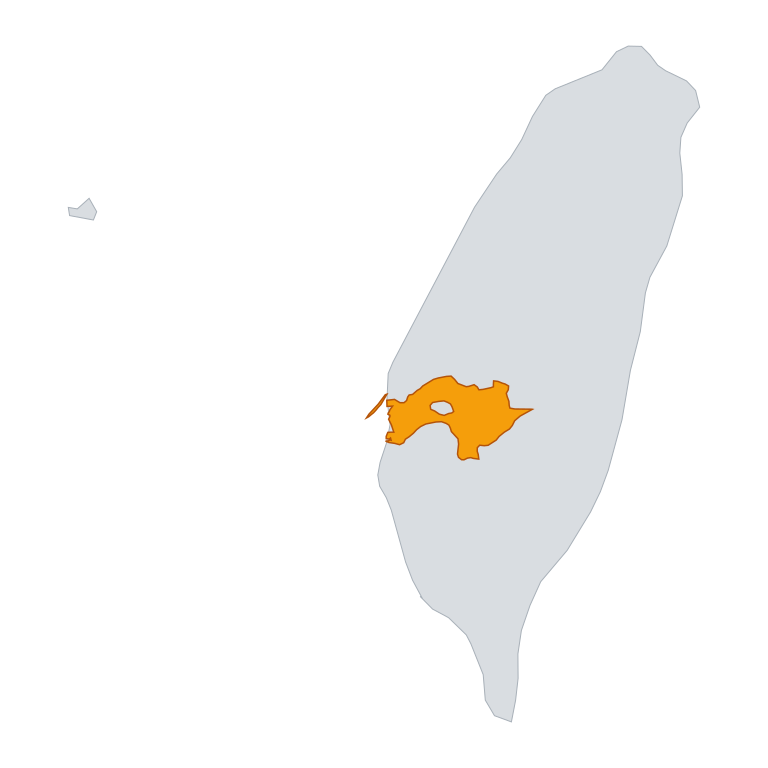 where Chiayi sits in Taiwan
{"feature_id": "TWN-1170", "entity_name": "Chiayi", "entity_type": "County", "adm_level": 1, "iso_a3": "TWN", "parent_name": "Taiwan", "parent_adm1": "", "projection": "robinson", "projection_center": [120.419, 23.433], "detail": "fine", "context": "in_parent", "style": "filled", "palette": "amber", "viewbox_px": 768, "rotation_deg": 0, "n_neighbors": 0, "source": "natural_earth", "source_scale": "10m", "svg_char_len": 2579}
<svg xmlns="http://www.w3.org/2000/svg" viewBox="0 0 768 768"><path d="M540.7,581.7L530.0,605.4L521.4,630.4L517.9,653.9L518.1,678.3L515.6,700.2L511.4,721.9L494.5,715.7L485.3,700.1L483.2,674.6L470.9,643.8L466.3,634.9L448.6,617.7L432.6,609.1L420.1,596.4L421.8,597.4L412.6,580.3L405.6,562.0L391.3,510.2L386.3,497.7L379.7,486.3L377.8,475.0L380.1,462.4L386.3,443.6L390.1,424.7L387.0,399.0L388.2,373.5L392.9,362.2L474.6,207.1L496.7,174.0L510.3,157.8L521.7,139.6L532.5,116.4L545.8,95.3L555.2,88.8L602.0,69.8L616.5,51.7L628.2,46.1L641.5,46.4L650.0,55.0L657.7,65.3L665.7,70.8L686.5,80.9L695.6,90.5L699.7,107.2L687.2,123.0L680.9,137.3L679.8,153.1L682.1,174.4L682.4,195.8L666.8,246.0L649.9,277.3L645.4,292.9L640.3,331.6L630.4,370.4L622.0,419.7L608.2,470.4L600.4,491.6L590.6,511.9L567.2,550.3L540.7,581.7ZM89.1,198.3L96.7,211.7L93.4,220.0L69.6,215.6L68.3,207.4L77.3,208.9L89.1,198.3Z" fill="#d9dde1" stroke="#a8b0b8" stroke-width="1"/><path d="M385.5,441.1L388.0,440.9L390.2,439.9L391.1,440.2L390.5,438.0L389.1,439.1L387.9,438.8L386.2,438.7L386.2,436.4L387.8,432.4L390.3,432.2L393.8,432.2L391.4,424.9L388.6,419.2L389.9,416.7L389.9,415.3L387.9,414.2L388.2,413.0L389.3,411.6L389.9,409.8L392.6,406.1L387.0,406.4L386.8,400.3L387.4,400.3L387.5,400.2L394.5,399.4L400.0,402.7L404.0,402.7L406.6,400.5L407.7,397.0L409.1,395.0L412.6,394.4L417.2,390.4L420.2,388.7L422.7,386.0L433.5,379.4L438.2,378.0L446.5,376.4L451.1,376.1L454.6,379.4L457.9,383.5L466.2,386.7L468.7,386.4L474.1,384.7L477.3,387.0L478.9,389.8L483.0,389.4L490.8,387.7L493.4,386.8L493.4,384.4L493.6,380.9L493.9,380.9L498.0,381.4L502.4,383.2L505.1,384.0L508.6,386.0L508.3,389.7L506.3,393.3L507.2,396.7L508.9,401.3L509.2,405.4L509.9,408.1L514.9,409.0L531.9,409.2L532.4,409.3L520.2,416.0L514.7,420.7L512.3,425.5L509.5,429.0L504.4,432.1L499.1,436.4L496.2,440.1L488.1,445.3L484.2,445.7L479.7,445.2L477.3,447.7L477.2,451.2L478.2,454.4L478.8,459.1L473.3,458.4L470.8,457.6L467.5,458.1L464.0,459.8L461.5,459.7L458.5,457.3L457.5,454.1L458.6,444.1L458.0,438.8L451.4,431.6L450.3,428.0L448.9,425.1L446.2,423.4L441.5,421.7L435.9,422.0L425.8,424.0L420.7,426.5L416.6,429.7L413.5,433.1L409.2,436.7L405.4,439.2L403.7,442.7L399.6,444.7L394.8,443.4L388.9,442.5L385.5,441.1ZM444.2,415.4L448.7,413.5L451.7,413.0L453.7,411.5L452.0,406.7L450.4,403.9L447.7,402.4L444.0,400.9L438.8,401.4L432.6,402.5L430.1,405.4L430.7,409.3L434.7,411.0L439.4,414.2L444.2,415.4ZM369.0,414.1L378.2,404.2L385.3,394.7L386.9,394.2L380.9,404.5L378.0,407.6L376.0,410.1L373.5,412.8L371.6,414.3L368.6,416.8L366.5,417.9L369.0,414.1Z" fill="#f59e0b" stroke="#b45309" stroke-width="1.5"/></svg>